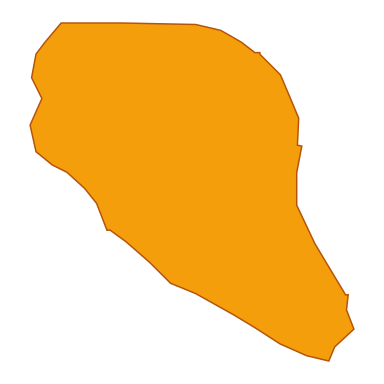 Gnesta, Södermanland, Sweden (Mercator projection)
{"feature_id": "70781695B66296838510215", "entity_name": "Gnesta", "entity_type": "district", "adm_level": 2, "iso_a3": "SWE", "parent_name": "Sweden", "parent_adm1": "Södermanland", "projection": "mercator", "projection_center": [17.173, 59.086], "detail": "fine", "context": "isolated", "style": "filled", "palette": "amber", "viewbox_px": 384, "rotation_deg": 0, "n_neighbors": 0, "source": "geoboundaries", "source_scale": "gbopen_adm2", "svg_char_len": 632}
<svg xmlns="http://www.w3.org/2000/svg" viewBox="0 0 384 384"><path d="M259.9,52.6L254.8,52.6L241.5,42.3L220.8,30.4L195.7,24.5L121.8,23.0L61.1,23.0L60.9,23.3L44.9,42.3L36.0,54.1L31.6,77.7L41.9,98.5L30.1,125.1L36.0,151.7L52.3,165.0L67.1,172.4L84.8,188.6L96.6,203.4L107.0,230.3L109.9,230.0L126.2,241.9L149.9,262.6L170.6,283.3L195.7,293.6L232.7,314.3L254.8,327.6L280.0,343.9L306.6,355.7L328.8,361.0L334.7,346.9L353.9,329.1L346.5,309.9L348.2,294.7L345.6,294.9L315.0,243.9L296.7,205.2L296.7,172.7L301.8,146.1L297.4,145.2L298.7,118.2L288.2,93.1L280.4,74.8L260.0,54.4L259.9,52.6Z" fill="#f59e0b" stroke="#b45309" stroke-width="1.5"/></svg>